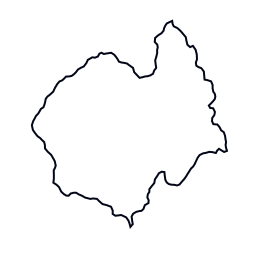 outline of Pedra do Indaiá, Minas Gerais, Brazil, rotated 350°
{"feature_id": "56859067B98249268301401", "entity_name": "Pedra do Indaiá", "entity_type": "district", "adm_level": 2, "iso_a3": "BRA", "parent_name": "Brazil", "parent_adm1": "Minas Gerais", "projection": "robinson", "projection_center": [-45.221, -20.289], "detail": "fine", "context": "isolated", "style": "outline", "palette": "ink", "viewbox_px": 256, "rotation_deg": 350, "n_neighbors": 0, "source": "geoboundaries", "source_scale": "gbopen_adm2", "svg_char_len": 2667}
<svg xmlns="http://www.w3.org/2000/svg" viewBox="0 0 256 256"><g transform="rotate(350 128 128)"><path d="M57.8,184.4L60.1,182.6L63.3,182.3L65.8,182.8L67.8,184.7L71.0,186.8L73.7,189.1L76.0,190.1L78.6,191.3L81.2,191.3L85.1,192.4L87.1,195.3L89.7,198.5L93.7,200.3L97.6,202.6L98.6,206.6L98.0,210.0L100.3,212.2L103.3,212.4L106.2,212.5L108.3,214.0L110.7,215.7L112.4,219.4L112.9,222.3L113.2,225.8L116.0,223.5L116.0,220.0L116.2,215.8L118.2,213.3L121.6,212.0L124.6,211.8L126.9,211.9L129.1,210.5L131.2,206.9L135.1,205.5L135.8,202.8L135.0,199.6L136.1,196.6L137.9,194.7L138.4,192.0L140.9,189.7L144.3,186.8L145.6,183.3L148.1,180.7L150.6,177.9L153.6,176.9L156.2,177.7L155.9,181.6L155.8,185.7L156.7,188.4L158.5,190.3L160.7,191.3L163.7,192.0L166.4,193.1L168.9,192.6L171.5,190.4L174.2,188.3L176.6,186.0L178.6,183.7L180.9,181.2L183.0,178.9L185.4,177.3L187.2,175.4L189.1,172.7L191.4,169.4L193.8,167.1L197.5,166.0L200.7,166.0L203.9,165.6L207.2,166.5L210.2,167.9L211.9,165.7L214.0,164.3L216.3,166.4L218.5,168.3L221.5,167.7L221.1,164.4L221.2,161.5L222.1,159.1L222.1,156.1L222.2,152.4L221.6,148.8L219.3,146.4L218.3,143.0L216.6,140.1L212.7,139.0L211.9,135.7L212.8,132.6L215.2,130.4L216.4,127.3L215.3,123.4L212.4,122.5L211.5,119.9L213.9,118.3L216.4,116.4L218.4,114.7L219.5,112.1L219.4,109.4L218.3,107.1L218.2,103.8L218.8,100.2L217.9,96.5L214.6,94.7L211.8,93.6L212.1,90.2L212.5,85.5L210.6,81.8L208.2,80.4L206.1,78.5L206.2,75.3L207.8,72.5L208.5,67.6L208.2,62.8L206.2,58.4L203.2,59.1L201.0,56.4L200.7,52.5L200.7,48.6L198.7,45.1L196.7,41.7L194.0,38.2L190.7,35.8L190.0,33.2L190.1,30.2L186.7,31.1L184.3,31.8L182.4,33.8L181.0,35.8L179.8,38.5L177.4,40.5L173.7,42.0L170.3,44.1L169.3,47.9L171.3,51.0L171.3,53.8L170.2,56.3L169.8,59.1L168.5,62.2L166.5,66.2L166.3,70.3L166.2,73.7L163.8,75.9L162.1,78.9L159.3,80.0L156.6,80.4L153.5,80.2L151.1,80.5L148.1,80.6L146.2,77.7L143.8,74.1L143.4,69.7L140.3,66.6L138.3,64.4L136.1,63.4L132.8,62.3L130.6,61.1L129.7,58.4L128.5,55.8L127.2,53.5L124.5,51.0L120.3,50.9L117.0,50.9L115.0,49.3L112.8,49.8L110.8,52.3L107.9,53.0L105.0,52.2L102.7,53.1L100.3,53.9L98.3,56.8L95.2,59.7L92.4,60.4L88.9,61.7L86.1,64.3L84.0,65.7L81.6,66.9L79.1,67.0L75.9,66.6L73.9,68.1L71.6,69.6L68.5,70.3L65.8,72.6L62.9,76.0L60.7,79.2L58.7,80.5L56.4,81.9L54.0,83.1L52.0,85.1L51.0,87.8L49.9,90.2L48.3,92.9L45.5,94.1L43.9,96.1L42.1,98.2L39.4,100.2L37.7,102.5L35.8,104.8L33.8,108.6L34.0,113.4L35.7,117.1L37.5,120.4L39.7,122.6L41.2,124.9L43.0,127.3L43.2,130.4L42.7,133.7L44.8,137.4L47.6,141.0L48.9,144.4L50.1,148.0L50.3,152.5L49.1,154.7L47.5,156.8L46.9,161.0L46.2,165.0L45.0,168.9L47.7,171.4L49.8,174.2L51.2,179.1L53.3,181.9L55.4,183.8L57.8,184.4Z" fill="none" stroke="#020617" stroke-width="2"/></g></svg>